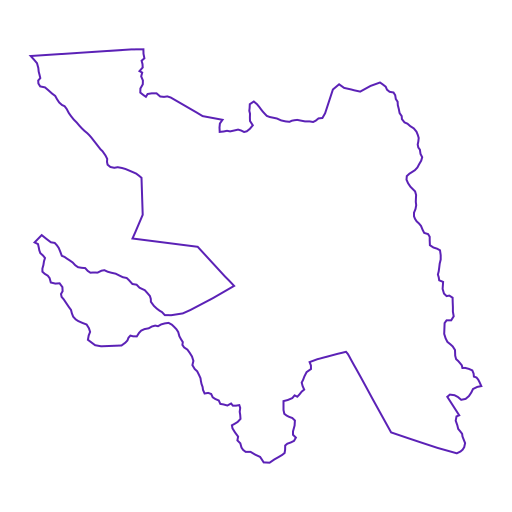 Feira de Santana, Bahia, Brazil (Albers equal-area conic projection)
{"feature_id": "56859067B66827602961148", "entity_name": "Feira de Santana", "entity_type": "district", "adm_level": 2, "iso_a3": "BRA", "parent_name": "Brazil", "parent_adm1": "Bahia", "projection": "albers", "projection_center": [-39.059, -12.2], "detail": "fine", "context": "isolated", "style": "outline", "palette": "violet", "viewbox_px": 512, "rotation_deg": 0, "n_neighbors": 0, "source": "geoboundaries", "source_scale": "gbopen_adm2", "svg_char_len": 5638}
<svg xmlns="http://www.w3.org/2000/svg" viewBox="0 0 512 512"><path d="M41.7,235.1L34.6,242.4L38.0,244.1L38.8,247.7L39.3,250.3L40.3,253.1L43.1,255.6L45.0,258.0L44.0,261.2L43.4,265.0L42.4,268.6L42.4,271.7L44.7,273.8L47.8,275.7L49.6,278.1L50.8,282.5L55.4,283.6L59.6,283.3L62.4,287.1L62.6,291.2L61.0,294.0L61.6,296.9L63.6,299.2L66.5,303.5L69.0,307.2L71.0,309.9L71.9,313.4L73.2,316.7L75.7,319.4L78.1,321.0L82.6,323.0L86.6,324.5L88.9,328.2L90.1,331.9L88.7,335.5L87.9,339.8L95.1,345.2L101.1,346.3L121.5,345.5L125.3,342.7L127.4,340.5L128.5,337.7L130.4,335.6L133.0,336.3L136.8,336.4L139.1,332.8L141.2,330.6L144.5,329.1L148.7,328.3L151.9,326.5L155.2,325.6L158.0,326.2L161.2,324.4L164.8,323.4L168.6,322.9L171.9,324.7L174.1,326.8L176.4,329.2L178.2,332.0L179.4,336.3L181.1,339.4L182.8,342.1L182.4,344.9L184.1,347.4L187.4,349.6L189.7,352.8L192.0,356.5L193.4,360.9L192.4,365.1L194.7,369.0L197.2,371.3L199.1,375.1L200.5,378.2L200.9,381.0L201.5,383.9L202.6,387.0L203.0,389.9L204.6,393.5L208.2,392.9L211.2,394.0L212.7,397.3L215.3,399.0L218.8,400.5L220.3,403.9L223.3,404.4L227.4,405.5L231.1,403.5L232.9,405.7L235.8,405.7L239.3,405.1L240.2,407.9L239.7,411.8L240.2,414.9L240.5,418.9L237.6,422.0L234.5,423.9L231.9,425.3L232.5,428.4L235.0,432.4L238.1,436.6L237.4,440.4L240.3,443.3L241.5,447.6L243.1,449.9L245.7,451.9L250.6,451.9L255.3,454.7L260.1,456.9L261.7,459.3L263.7,462.4L269.6,462.7L274.4,459.4L278.5,457.1L282.2,454.9L284.6,453.0L285.1,449.8L285.2,445.5L287.3,443.7L290.7,442.5L294.0,440.9L295.9,437.6L293.0,434.8L293.0,431.4L294.6,425.5L294.9,420.5L292.3,418.0L289.0,416.8L286.5,415.5L284.3,413.8L283.5,410.0L283.5,404.5L283.5,401.1L287.8,400.0L292.3,398.1L294.6,395.4L297.3,396.7L299.4,394.5L301.7,391.6L304.2,389.6L302.6,386.0L301.7,382.6L303.1,379.8L304.4,376.4L306.6,372.1L311.0,369.0L310.9,365.4L309.6,362.1L317.4,359.2L331.0,355.6L337.7,353.8L342.0,352.8L346.0,351.8L347.8,353.9L349.2,356.3L350.9,359.5L354.1,365.3L356.0,368.6L360.5,376.7L366.5,387.7L372.5,398.8L382.4,416.7L391.1,432.4L407.9,438.1L414.2,440.2L420.8,442.4L437.5,447.9L456.8,453.3L460.5,451.5L462.6,449.7L464.2,447.2L465.1,443.1L463.5,439.1L462.5,436.5L462.1,433.8L460.2,431.3L458.2,428.9L457.3,425.2L455.7,420.7L456.5,416.4L459.2,415.3L447.3,396.8L449.9,394.6L454.5,395.2L457.9,397.0L461.2,399.8L465.6,398.9L468.9,396.1L471.3,392.5L473.0,389.0L477.3,386.9L481.3,386.1L479.5,382.1L478.2,379.6L476.5,377.5L473.9,376.6L473.6,373.6L472.3,370.4L468.9,368.9L465.2,367.9L462.4,368.0L461.8,365.3L460.0,363.1L458.2,361.0L456.1,359.1L455.2,355.7L455.0,350.0L452.7,346.4L450.5,344.4L447.4,341.9L445.6,338.3L444.2,333.9L444.4,328.6L444.6,323.1L446.6,320.3L451.2,320.3L453.7,316.3L452.9,311.7L452.9,307.2L452.7,302.2L452.6,297.7L449.3,295.6L446.6,296.1L444.0,293.6L442.6,288.9L442.9,284.9L443.1,281.9L439.2,280.3L438.7,277.2L437.9,274.5L438.7,271.4L439.2,267.7L439.7,263.6L440.7,259.5L440.7,255.2L440.0,250.3L437.1,248.7L433.4,247.5L429.9,245.2L429.7,240.5L429.7,236.8L428.1,234.1L424.2,232.9L422.6,229.8L421.0,225.9L418.9,223.4L416.6,221.3L415.0,218.8L414.0,216.3L414.0,212.7L415.5,209.0L416.2,205.2L415.8,201.9L415.9,198.9L416.1,195.0L415.1,191.4L412.9,189.2L410.4,186.7L408.1,183.3L406.5,179.7L406.8,176.1L409.4,173.7L412.1,172.0L414.9,170.2L417.4,167.5L419.2,164.1L421.2,160.7L422.2,157.2L420.5,153.9L419.9,149.7L418.3,147.5L417.7,144.5L418.3,141.6L418.7,138.0L417.9,135.2L416.5,131.7L413.8,128.4L410.2,126.1L407.5,123.7L404.5,122.4L401.9,119.1L401.7,116.1L399.6,113.1L398.8,109.0L397.8,105.1L397.6,101.7L395.8,99.0L395.2,95.2L393.5,92.5L389.6,91.8L387.0,89.7L385.7,86.7L382.6,84.3L380.0,82.5L370.6,85.9L360.2,91.6L354.2,90.3L351.3,89.5L344.1,87.9L339.1,84.3L332.9,89.5L325.1,113.3L322.4,118.0L318.5,118.4L315.7,120.7L313.1,122.0L309.6,121.4L305.0,121.4L300.3,120.5L297.3,119.9L294.6,120.2L291.9,120.7L289.5,121.8L285.6,121.4L281.1,120.4L276.9,118.5L273.1,117.7L269.7,117.0L266.8,115.9L264.7,113.7L262.7,111.5L260.9,109.2L259.3,107.0L257.0,104.2L253.8,101.5L249.8,104.2L249.6,108.1L249.3,110.8L250.0,113.7L249.9,117.4L250.0,121.0L252.8,125.3L249.9,128.8L246.8,131.3L244.1,132.0L241.1,130.5L238.1,129.6L234.2,130.5L230.1,131.4L227.0,130.8L223.6,131.5L219.7,131.9L219.5,127.5L219.9,123.5L222.5,119.8L202.6,116.1L196.8,112.6L170.7,97.5L167.3,96.4L164.0,96.9L160.2,96.5L156.5,93.3L151.9,93.3L147.6,94.0L145.9,96.8L143.6,95.2L140.3,92.6L140.4,88.5L142.8,84.3L142.9,80.5L141.2,76.4L142.2,72.6L139.5,71.1L142.7,67.5L142.5,64.1L141.6,60.7L144.4,58.3L143.5,53.8L143.4,49.3L131.4,49.4L30.7,56.0L34.3,60.0L37.0,63.2L38.3,67.9L38.7,71.7L39.5,74.7L40.3,78.1L38.2,80.5L38.4,83.5L40.2,86.4L45.0,87.4L48.2,90.1L52.1,93.6L55.2,95.9L57.0,99.2L59.2,102.5L62.0,105.0L64.6,106.2L66.7,109.0L68.8,113.0L71.0,116.1L73.7,119.5L76.7,122.5L79.4,125.7L81.9,128.4L84.4,130.8L87.3,133.2L89.3,135.2L91.4,137.6L93.1,139.8L97.0,144.8L100.5,149.3L102.5,151.2L105.5,155.5L107.2,158.9L107.0,161.9L107.6,164.7L110.4,167.0L114.3,167.8L117.7,167.2L122.0,168.0L125.5,169.0L130.0,170.9L133.5,172.4L136.2,173.6L139.1,175.8L141.5,177.8L142.7,214.8L135.3,232.2L132.5,238.5L156.1,241.5L197.7,246.8L224.9,276.4L229.0,280.5L234.1,285.9L213.0,298.1L190.4,310.0L182.8,313.4L171.3,315.2L164.8,315.1L162.0,312.1L159.6,310.7L156.8,308.6L153.9,305.9L150.9,301.8L150.8,298.9L149.9,296.0L147.5,293.2L144.8,290.2L142.0,288.9L139.5,287.7L136.6,284.7L132.4,284.0L128.9,280.1L126.7,278.0L122.8,277.2L119.1,275.4L115.7,273.7L111.2,272.7L107.6,271.7L104.4,270.2L101.5,270.7L97.6,272.6L93.2,272.5L90.4,272.7L87.7,270.9L85.2,268.1L81.6,267.8L78.0,267.2L75.2,265.2L72.7,262.5L69.7,260.4L66.9,258.6L64.5,256.9L61.8,255.8L60.2,251.5L58.7,247.9L56.9,245.3L54.7,242.9L50.9,242.3L46.3,238.8L41.7,235.1Z" fill="none" stroke="#5b21b6" stroke-width="2"/></svg>